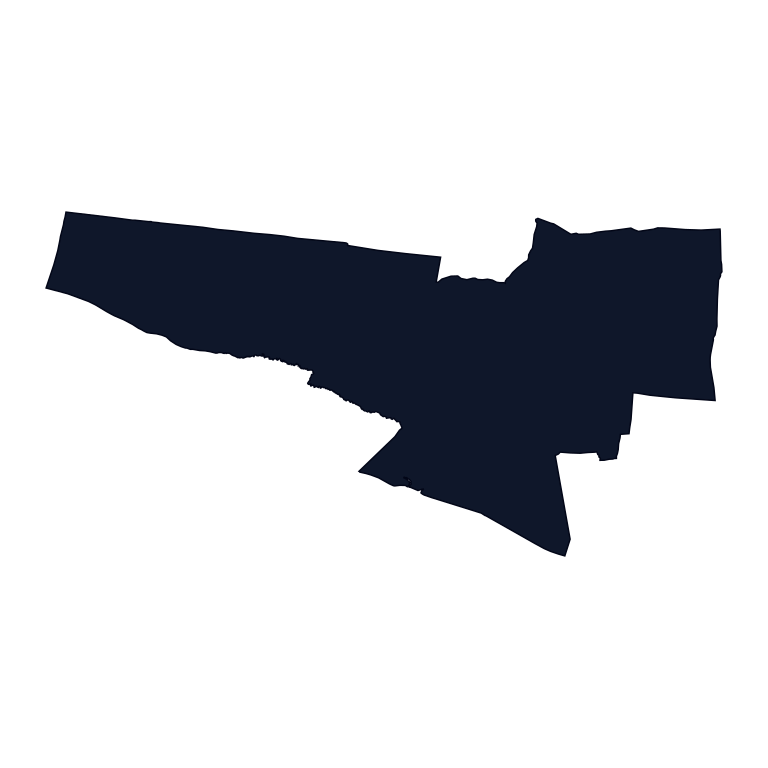 outline of Terpezita, Dolj, Romania
{"feature_id": "2599482B57924090457119", "entity_name": "Terpezita", "entity_type": "district", "adm_level": 2, "iso_a3": "ROU", "parent_name": "Romania", "parent_adm1": "Dolj", "projection": "albers", "projection_center": [23.49, 44.289], "detail": "fine", "context": "isolated", "style": "filled", "palette": "ink", "viewbox_px": 768, "rotation_deg": 0, "n_neighbors": 0, "source": "geoboundaries", "source_scale": "gbopen_adm2", "svg_char_len": 6084}
<svg xmlns="http://www.w3.org/2000/svg" viewBox="0 0 768 768"><path d="M713.9,387.6L710.4,367.3L710.1,360.0L710.2,357.3L710.6,354.1L713.4,339.8L713.2,338.1L714.0,336.5L715.0,335.1L715.7,331.2L717.0,326.2L716.9,319.0L717.4,298.9L718.5,279.9L720.2,276.7L720.5,275.6L720.5,273.6L721.5,272.5L721.9,271.7L721.6,264.4L720.9,260.4L720.2,231.2L720.0,229.1L701.3,230.1L685.4,229.6L664.5,228.0L657.6,227.9L653.5,229.2L638.5,231.4L634.2,229.8L630.9,228.1L611.1,230.8L605.5,231.2L596.5,232.3L590.1,234.0L578.5,234.3L576.2,233.3L570.9,234.3L553.7,223.9L550.7,223.2L537.9,218.4L535.8,219.4L535.7,220.2L535.9,221.5L537.1,223.1L536.7,226.6L534.2,234.5L533.3,242.9L532.5,248.2L530.6,250.9L528.7,254.8L528.6,257.9L527.7,260.5L524.2,262.5L517.7,267.8L512.6,272.6L509.5,276.8L507.0,278.7L505.3,281.3L505.3,283.3L503.9,282.7L499.8,282.7L496.7,282.3L492.3,280.1L487.5,279.2L482.7,279.8L477.7,279.5L475.1,278.2L473.0,278.2L466.9,279.7L461.0,278.5L457.8,276.0L451.0,276.2L441.9,279.1L438.0,282.4L436.2,281.9L440.6,257.2L405.3,253.6L377.9,250.4L347.6,245.5L347.7,244.8L347.7,244.1L347.2,243.6L346.5,243.1L345.0,242.8L297.6,238.4L284.1,236.2L269.9,234.6L254.1,233.3L233.2,230.9L218.0,229.5L202.9,227.3L160.2,223.0L157.9,222.6L153.4,222.2L151.9,222.0L151.1,221.6L148.2,221.6L134.8,220.2L132.4,220.2L115.2,217.9L66.0,212.1L65.1,217.1L64.0,221.2L63.5,224.6L60.5,236.4L59.9,240.2L57.8,250.6L53.8,265.0L46.1,288.0L67.6,293.7L88.5,301.4L95.4,304.8L106.7,311.6L111.6,314.3L114.5,315.8L123.5,319.6L132.4,324.3L138.6,328.3L141.4,329.6L143.6,330.9L146.8,332.5L150.1,333.1L156.6,333.8L162.1,335.2L166.4,336.9L170.6,340.8L176.1,344.4L181.1,346.6L185.4,348.0L187.0,348.1L190.2,349.3L192.8,349.3L199.6,350.5L205.1,350.8L210.3,351.7L215.8,353.1L217.4,353.0L218.4,352.6L220.2,352.5L222.2,352.7L223.3,353.3L224.1,353.0L224.9,353.4L225.5,352.8L226.6,353.4L227.2,353.1L229.0,353.2L229.9,353.5L232.1,355.1L234.0,355.9L234.9,356.1L237.9,357.7L239.5,357.5L239.8,357.9L241.7,357.4L243.1,358.1L243.9,357.5L244.5,357.7L245.3,357.1L245.9,357.2L246.9,356.4L247.4,356.5L248.0,356.9L249.1,356.3L249.8,356.9L252.1,355.9L253.1,356.0L253.6,356.5L253.9,356.6L254.2,356.2L254.2,355.4L255.5,355.0L256.1,355.0L256.9,355.7L258.4,355.8L259.7,355.3L261.7,356.0L262.1,355.8L262.6,356.0L263.0,355.5L262.9,354.8L262.3,354.3L262.2,354.0L262.7,353.7L263.6,354.1L264.1,354.8L264.2,355.3L264.0,356.0L264.0,356.7L264.4,357.5L264.6,357.7L265.6,357.0L266.4,357.1L267.1,356.6L268.0,357.1L269.0,356.8L269.3,356.9L269.5,357.4L269.1,358.6L269.2,358.9L269.6,359.1L272.5,359.1L272.8,359.8L273.1,359.9L274.0,358.8L274.5,358.7L275.4,358.9L276.6,358.4L276.7,359.6L277.3,360.1L278.4,359.6L278.2,359.2L278.3,358.8L278.9,358.8L279.6,358.4L280.5,359.3L280.7,360.5L281.2,361.1L282.3,361.5L282.3,361.1L282.6,360.4L282.9,360.3L283.2,360.4L282.9,360.9L283.2,361.3L283.9,361.5L284.3,360.9L284.6,360.9L284.9,361.9L286.6,362.4L287.4,363.9L288.3,363.7L288.6,364.2L289.1,364.4L290.3,363.7L291.2,363.6L291.5,363.9L291.2,364.5L291.3,364.8L292.8,364.7L293.6,364.3L293.8,364.5L293.8,365.3L294.2,365.5L294.7,365.3L295.7,364.0L296.7,363.5L296.8,363.9L296.7,364.5L298.3,364.4L298.5,365.1L298.3,365.8L299.7,365.7L299.6,366.2L299.3,366.6L299.4,366.9L300.4,367.2L300.5,367.9L301.1,368.3L301.7,368.3L302.0,368.7L303.0,368.5L303.7,368.9L304.6,368.4L305.3,369.1L307.0,368.7L307.1,369.6L307.5,370.1L307.9,370.2L311.8,369.9L313.2,371.5L313.0,372.4L313.5,372.8L313.7,373.5L313.1,374.0L311.8,374.5L311.5,374.9L311.1,376.7L309.9,378.8L310.0,380.2L308.9,381.4L307.7,383.2L307.9,383.8L308.6,384.3L309.3,384.4L310.2,383.9L310.8,383.9L310.9,384.3L310.6,385.1L310.7,385.8L310.9,386.0L312.8,385.2L313.5,385.2L313.7,385.3L314.2,387.3L314.8,387.2L315.7,386.5L316.5,386.3L317.1,386.9L318.4,387.4L318.8,386.4L319.4,386.2L319.8,386.6L320.2,387.9L320.5,388.1L321.3,387.7L321.4,387.1L322.3,386.9L323.5,387.6L324.9,387.5L325.5,388.4L326.1,388.7L327.1,388.2L328.1,389.4L328.7,389.2L329.3,389.3L329.9,390.2L331.6,389.9L333.7,391.8L334.4,391.4L334.6,391.6L334.8,392.3L335.2,392.8L336.1,392.9L336.2,393.4L336.9,393.5L337.4,394.1L338.7,394.6L339.1,394.2L339.4,394.2L339.7,395.4L340.2,395.7L339.9,396.2L340.0,396.5L340.4,396.8L341.1,396.7L342.7,397.6L343.7,398.8L343.8,399.4L344.6,399.9L345.4,400.0L346.1,400.8L346.4,400.7L346.7,400.3L347.7,400.0L348.6,400.1L350.2,402.1L350.6,402.2L351.8,401.3L352.2,401.8L352.6,402.9L353.3,403.2L353.9,402.7L354.2,402.8L356.1,404.4L356.8,404.5L359.9,406.1L360.9,407.3L361.3,408.5L361.9,409.1L362.1,408.8L362.9,409.2L363.4,410.1L364.6,410.9L365.5,410.8L367.6,411.9L368.4,411.6L369.0,410.9L369.7,411.3L370.0,412.5L370.5,412.7L371.5,412.6L372.3,412.0L374.5,412.2L375.8,411.4L379.7,413.0L380.5,414.7L383.2,416.6L384.4,416.3L386.0,416.8L386.5,418.2L389.0,417.8L390.8,417.7L391.1,418.8L392.2,419.3L393.9,418.3L397.0,421.7L398.1,421.4L399.9,422.0L400.1,423.4L401.0,425.2L402.0,427.8L401.9,428.3L399.5,430.2L395.0,436.6L394.1,437.5L359.0,471.3L359.4,471.5L359.8,472.1L366.0,473.5L370.8,474.9L378.6,477.8L389.5,483.9L393.4,485.7L394.8,485.9L399.9,485.3L404.7,485.4L405.9,485.7L407.0,486.5L407.7,486.7L408.5,485.7L409.4,483.8L409.5,483.0L409.2,481.7L408.2,480.9L407.0,479.6L405.3,478.5L404.1,478.1L403.9,477.4L404.2,477.2L404.8,477.6L406.6,477.6L408.3,478.9L409.6,479.5L410.0,480.3L411.0,481.3L411.0,481.8L410.5,482.9L411.2,483.5L411.3,483.8L410.7,484.7L409.7,485.7L409.3,487.1L410.7,487.4L418.0,490.5L422.1,489.2L422.7,489.2L423.2,489.0L423.4,489.3L423.2,489.7L422.1,490.3L421.8,490.8L421.0,492.8L421.2,493.2L423.0,494.4L424.4,495.1L432.0,497.7L481.3,513.1L485.0,515.5L485.8,515.7L535.1,543.6L544.3,548.6L550.7,551.4L558.3,554.0L564.8,555.9L570.1,539.2L555.2,455.5L558.4,454.0L560.2,452.1L570.6,452.9L580.2,453.2L587.6,452.5L595.3,452.1L596.3,451.7L596.8,452.1L597.3,453.0L597.8,454.5L599.0,455.4L599.1,456.0L598.9,456.6L599.0,457.0L600.4,458.4L600.4,458.7L600.0,459.7L600.0,460.3L604.3,460.2L609.3,459.2L612.9,459.0L614.3,458.5L616.4,458.4L616.4,456.2L617.4,453.5L618.2,449.6L618.6,443.7L620.0,437.9L620.4,434.3L629.0,433.7L629.7,427.8L631.0,419.6L632.9,392.8L637.2,393.1L649.9,395.2L666.7,396.9L676.0,397.8L715.1,400.5L713.9,387.6Z" fill="#0f172a" stroke="#020617" stroke-width="1.5"/></svg>